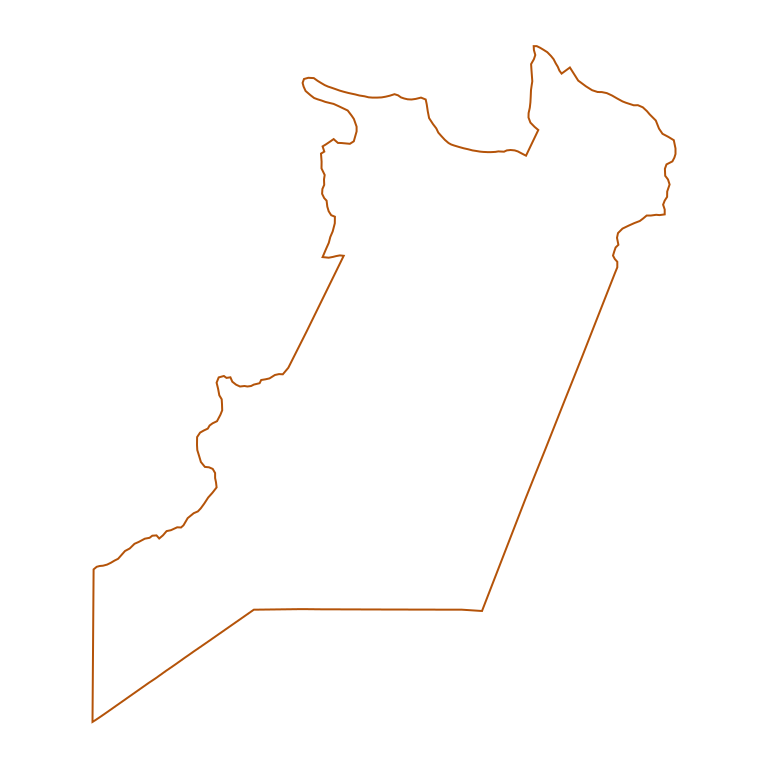 Tutóia, Maranhão, Brazil (Equal Earth projection)
{"feature_id": "56859067B80807231279111", "entity_name": "Tutóia", "entity_type": "district", "adm_level": 2, "iso_a3": "BRA", "parent_name": "Brazil", "parent_adm1": "Maranhão", "projection": "equal_earth", "projection_center": [-42.396, -2.926], "detail": "fine", "context": "isolated", "style": "outline", "palette": "amber", "viewbox_px": 768, "rotation_deg": 0, "n_neighbors": 0, "source": "geoboundaries", "source_scale": "gbopen_adm2", "svg_char_len": 3583}
<svg xmlns="http://www.w3.org/2000/svg" viewBox="0 0 768 768"><path d="M675.5,154.0L675.5,148.5L673.8,140.2L668.2,136.8L662.5,133.8L659.0,128.6L655.8,120.5L649.6,114.3L646.9,111.1L642.8,107.3L637.9,105.2L633.8,105.3L625.8,102.7L622.5,101.4L617.0,98.4L612.0,95.5L606.8,93.1L601.9,92.1L597.6,92.0L592.1,90.2L585.9,86.3L580.8,82.5L578.2,80.6L569.9,67.5L561.6,73.6L559.4,70.6L557.8,66.8L555.7,63.3L553.6,59.2L551.0,56.0L547.3,52.2L543.2,49.6L540.0,47.7L536.7,46.1L533.7,46.1L533.9,50.0L535.3,55.0L533.9,59.2L531.1,64.1L531.4,69.0L532.3,81.3L531.7,85.1L531.0,90.0L530.7,97.0L530.4,102.4L529.8,107.7L528.6,113.1L528.5,117.5L530.4,122.6L534.6,126.9L538.3,130.0L526.0,155.7L521.4,153.3L517.8,151.4L514.7,150.4L510.6,150.0L506.8,150.4L504.0,151.7L498.3,151.4L495.3,151.9L491.3,152.1L487.1,152.1L483.0,151.9L479.9,151.6L476.4,151.0L472.5,150.4L468.3,149.3L463.8,148.3L459.1,147.0L454.1,145.5L451.2,144.5L448.5,143.0L444.8,139.8L441.3,136.0L438.3,132.6L436.3,128.4L433.0,124.1L429.1,118.1L427.8,111.5L426.7,104.2L425.7,99.5L421.0,97.6L415.8,98.9L411.5,99.5L407.7,99.3L404.2,98.5L401.0,97.4L398.0,95.3L394.5,94.2L389.8,95.7L385.6,96.7L381.6,97.4L376.9,97.6L372.4,97.6L368.6,97.3L364.6,96.3L359.4,95.5L355.1,94.4L351.3,93.6L348.1,92.9L343.5,91.7L339.7,90.6L335.5,89.1L331.2,87.6L328.1,86.6L324.7,85.1L320.8,82.8L317.7,80.9L313.8,78.1L308.3,77.8L304.0,79.0L302.6,82.9L303.6,86.6L305.6,91.0L310.6,95.3L314.1,98.0L317.6,99.3L321.5,100.5L325.3,101.9L330.2,103.1L333.6,103.9L338.9,106.3L347.7,110.5L351.6,115.6L353.9,119.0L356.6,126.7L356.6,131.4L353.8,141.3L349.9,143.8L341.2,143.0L337.9,142.9L333.6,139.1L330.2,141.5L325.9,144.4L322.6,146.4L324.3,151.6L321.0,153.6L321.6,161.7L321.5,168.4L324.7,175.0L324.0,179.3L324.2,184.9L322.4,189.0L322.1,193.8L324.2,198.1L326.6,200.7L327.3,206.6L328.7,211.3L331.2,215.2L334.9,216.7L334.8,223.3L332.7,231.4L330.3,237.0L328.8,242.8L326.3,248.4L322.6,257.1L328.7,257.7L333.0,256.9L336.1,256.1L339.9,255.4L343.7,255.8L306.5,331.7L288.3,367.8L282.8,374.3L279.0,374.1L274.9,375.0L269.5,378.4L265.5,379.3L261.2,380.0L259.6,383.2L253.8,384.6L251.1,386.0L247.4,386.5L244.5,386.0L240.0,386.5L236.1,384.7L232.3,381.7L230.4,377.3L226.5,377.9L223.9,376.0L218.7,377.4L216.6,382.7L218.1,388.8L219.3,395.3L221.7,399.3L222.0,404.1L222.2,410.3L220.4,414.8L217.0,421.2L212.6,423.3L209.6,425.5L207.8,428.6L203.8,430.5L200.1,432.6L197.1,437.1L197.0,445.0L197.3,450.1L199.0,455.6L200.9,462.0L204.9,466.9L209.0,467.3L212.7,468.9L215.1,473.0L215.1,478.0L216.0,482.3L216.6,487.4L212.5,492.7L208.2,497.5L204.3,503.5L200.8,508.3L197.9,511.4L193.7,513.2L187.7,518.1L183.5,525.3L181.0,527.5L177.2,527.3L170.9,530.2L166.6,531.1L162.9,535.4L159.2,538.5L156.5,535.4L152.3,535.7L149.6,537.8L144.8,538.7L138.6,542.0L134.5,543.8L129.7,548.5L125.0,551.0L118.1,558.8L114.5,560.6L111.0,562.7L107.1,564.6L103.0,565.7L99.7,566.0L96.7,566.8L93.6,569.4L92.5,721.9L95.6,720.0L104.3,714.1L148.7,682.9L155.5,678.4L165.8,671.0L175.0,664.7L185.1,657.5L188.9,654.9L193.4,651.7L205.5,643.4L253.8,609.7L302.3,609.1L320.4,609.3L381.2,609.5L462.1,609.7L482.0,611.0L525.5,498.7L534.0,477.4L545.2,449.6L565.0,399.6L570.8,385.1L573.4,378.6L582.2,356.5L596.5,320.0L614.9,273.2L617.3,267.3L617.3,261.8L614.8,259.0L613.0,255.6L614.2,251.6L615.6,247.5L618.4,244.8L617.0,237.8L618.0,233.1L622.5,228.6L628.5,225.7L634.3,223.1L639.8,221.0L643.0,218.6L646.7,215.5L651.1,215.5L656.2,214.8L659.5,215.1L664.7,214.4L664.7,209.5L663.1,204.7L664.7,200.6L667.1,196.9L667.2,191.5L669.6,184.5L668.0,179.5L665.2,175.8L664.9,168.8L666.5,164.4L672.4,161.4L674.4,157.6L675.5,154.0Z" fill="none" stroke="#b45309" stroke-width="2"/></svg>